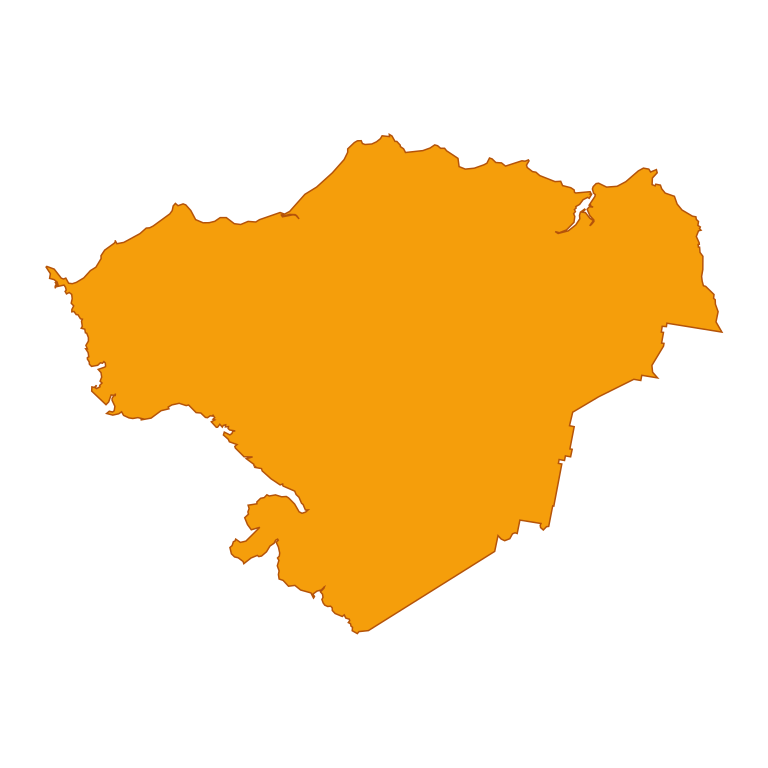 the district of George Town, Tasmania, Australia
{"feature_id": "25037944B54594589896924", "entity_name": "George Town", "entity_type": "district", "adm_level": 2, "iso_a3": "AUS", "parent_name": "Australia", "parent_adm1": "Tasmania", "projection": "robinson", "projection_center": [146.946, -41.12], "detail": "fine", "context": "isolated", "style": "filled", "palette": "amber", "viewbox_px": 768, "rotation_deg": 0, "n_neighbors": 0, "source": "geoboundaries", "source_scale": "gbopen_adm2", "svg_char_len": 6063}
<svg xmlns="http://www.w3.org/2000/svg" viewBox="0 0 768 768"><path d="M660.4,185.1L655.8,184.2L655.1,185.9L652.1,184.6L652.4,178.0L657.2,172.8L656.4,169.6L650.6,172.0L648.8,169.1L643.4,168.1L638.3,170.9L625.8,181.7L617.1,186.3L606.6,187.1L598.6,183.2L596.1,183.6L593.2,186.6L592.4,189.0L593.6,193.1L595.3,194.6L594.9,196.5L589.1,205.2L590.1,205.9L590.5,204.8L590.8,206.1L593.1,207.1L589.4,206.7L587.1,209.3L589.8,215.5L593.8,219.9L593.9,221.5L591.3,224.6L589.7,225.8L593.4,220.6L590.0,218.4L585.4,212.6L582.3,212.2L585.1,209.7L584.6,209.1L580.4,212.2L579.5,215.3L579.8,218.8L575.8,224.9L568.2,230.9L558.1,233.5L555.2,231.6L559.4,232.7L566.5,229.9L574.0,222.3L574.8,216.4L573.6,213.7L575.4,211.6L574.4,209.6L576.1,208.1L575.8,206.6L579.6,204.4L583.1,199.7L587.6,197.4L589.2,198.3L591.6,194.3L590.2,194.0L591.0,193.4L590.1,191.7L575.7,193.0L574.5,192.3L574.1,189.9L570.8,187.7L562.6,185.6L560.7,181.3L555.0,181.6L539.8,175.6L535.9,172.2L532.5,171.6L527.2,167.5L526.5,165.1L529.0,160.9L528.4,159.9L525.1,161.2L521.9,160.8L505.5,166.1L501.5,162.9L495.8,162.5L492.1,158.9L489.5,158.0L486.9,163.2L483.9,164.8L474.3,168.2L465.3,169.1L459.1,166.6L458.0,158.4L446.6,150.8L444.6,148.3L440.6,148.3L437.6,145.7L434.7,144.9L430.1,148.0L422.9,150.6L405.5,152.5L403.6,148.8L400.4,146.6L400.2,145.1L396.8,141.4L395.0,141.4L392.0,136.0L389.3,134.4L389.5,136.6L382.1,135.8L380.4,138.7L376.5,141.8L371.8,144.0L365.0,144.5L362.4,143.5L361.2,140.7L357.4,140.8L354.3,142.6L347.7,148.9L347.7,152.3L344.1,159.6L332.4,172.8L316.6,187.1L304.9,194.3L289.7,211.4L282.1,215.4L283.1,216.3L289.6,214.4L295.1,214.6L296.6,215.6L299.1,218.9L295.8,215.3L293.1,214.8L282.5,216.8L281.3,215.0L283.4,213.7L280.1,212.5L259.4,219.7L255.8,222.0L248.1,221.4L240.7,224.5L234.3,223.7L226.3,217.6L220.2,217.6L214.8,221.3L209.2,222.7L203.1,222.8L195.6,219.6L190.8,210.5L185.8,204.9L183.1,203.9L178.0,205.7L175.4,203.4L173.2,205.9L172.2,210.6L169.8,213.9L153.2,226.0L149.7,227.8L146.2,228.1L140.0,233.6L123.8,242.4L116.9,243.7L115.1,240.4L115.3,242.0L114.0,243.4L104.7,250.1L101.0,255.7L101.1,258.6L95.9,267.2L90.4,270.6L83.8,277.9L76.3,282.4L72.3,283.7L68.6,283.2L65.8,278.1L63.6,279.0L61.3,278.2L54.2,269.1L46.8,266.4L46.1,267.1L50.4,273.7L49.6,278.4L54.1,279.6L56.4,281.5L55.3,282.5L56.3,284.1L55.2,286.2L55.2,288.3L56.9,284.0L56.2,282.7L57.2,282.3L58.1,285.1L57.3,286.5L64.0,285.1L65.5,287.3L66.2,290.2L65.1,291.4L66.5,293.9L69.2,292.5L71.7,294.4L72.2,298.7L71.2,303.2L73.7,305.9L71.9,309.4L71.8,311.8L74.0,311.5L76.2,314.6L77.9,314.7L80.5,318.8L82.4,319.2L81.5,321.2L82.3,326.3L81.2,328.2L84.8,329.2L85.4,332.8L86.7,333.2L88.4,337.5L88.4,341.1L85.9,345.4L87.4,348.9L85.7,348.8L88.1,352.5L88.8,356.8L87.4,357.6L87.4,359.1L89.2,361.9L89.4,364.2L91.5,366.4L97.7,365.3L100.4,362.8L102.5,363.2L103.9,361.6L105.3,363.0L105.6,366.2L104.8,367.1L98.2,369.4L101.0,372.6L101.7,377.1L100.1,381.2L102.0,383.0L99.7,385.4L100.0,386.8L96.6,388.6L95.4,387.9L96.5,385.2L94.4,387.4L91.9,386.9L91.7,391.1L106.0,404.7L108.7,401.9L111.1,395.0L114.7,395.3L115.5,393.6L115.2,395.5L113.8,395.7L112.1,398.4L112.1,400.3L114.9,406.3L114.2,410.7L112.6,412.0L109.3,411.2L106.6,413.5L112.8,415.1L118.7,413.8L121.6,411.8L123.6,415.4L129.0,417.9L132.8,418.5L137.9,417.6L143.6,419.0L140.5,420.0L151.1,418.1L161.1,410.7L168.9,408.8L168.2,407.0L171.9,404.9L179.2,403.3L186.2,405.6L188.6,405.0L196.1,412.6L200.8,413.0L205.4,417.4L207.5,417.7L210.2,415.8L212.9,416.1L212.8,414.7L214.7,417.7L213.0,419.2L214.8,419.9L211.3,421.8L216.3,427.3L217.6,427.2L219.8,424.3L222.3,427.1L223.3,425.4L225.7,424.8L225.4,426.9L228.5,426.6L228.1,428.5L229.7,430.0L235.2,430.9L232.7,431.4L232.0,433.4L229.9,434.9L224.3,432.1L223.4,435.0L228.2,439.2L229.4,441.8L237.1,444.6L234.8,446.4L235.3,448.0L244.1,456.8L252.6,456.9L246.3,458.7L253.8,464.3L254.0,465.8L255.5,466.7L255.0,467.4L261.5,468.6L262.2,470.9L271.0,478.8L280.1,484.9L283.4,483.7L282.2,484.3L283.2,486.1L294.7,491.1L296.1,494.5L299.0,497.3L301.5,503.2L303.1,504.5L305.4,510.0L308.1,509.9L305.6,512.1L302.0,513.3L299.1,511.8L294.6,504.0L288.6,497.9L286.3,496.5L281.6,496.8L275.5,494.9L269.2,496.0L266.9,494.8L264.2,497.6L260.6,498.3L256.9,501.9L256.9,503.8L248.1,505.2L249.1,508.5L247.9,511.9L248.4,514.2L244.7,517.7L247.5,524.6L251.3,529.8L259.8,527.3L245.9,541.1L240.4,542.4L235.7,539.1L235.0,541.0L233.4,541.7L232.1,545.6L229.9,547.5L231.4,553.8L234.5,556.9L238.2,557.8L243.1,561.5L243.8,563.7L251.0,558.0L257.3,555.4L258.8,556.6L261.6,556.0L266.5,551.8L270.0,546.0L274.1,543.2L275.6,540.2L277.6,539.1L278.3,540.2L276.2,542.3L278.4,547.0L279.7,553.0L279.3,556.1L277.5,558.0L278.9,560.4L277.3,565.8L279.1,570.9L278.4,574.5L279.1,579.0L283.1,580.4L288.5,586.2L294.9,585.4L300.6,590.0L310.9,592.9L313.5,598.0L314.5,596.5L312.9,594.1L317.0,591.1L321.5,589.9L322.5,588.7L323.6,588.4L323.5,587.5L324.4,586.9L323.8,588.4L320.4,591.8L322.5,594.2L323.0,597.3L321.9,599.5L323.2,603.0L324.7,605.1L327.7,606.5L330.6,606.2L332.2,607.8L332.3,610.5L335.1,613.5L342.3,616.5L344.2,614.9L345.8,618.1L349.3,619.2L349.7,620.7L348.3,622.6L350.5,623.7L351.0,626.1L352.5,627.3L352.2,630.7L357.3,633.6L359.0,631.6L368.4,630.6L494.7,551.4L498.0,535.6L501.1,539.0L504.7,540.7L509.8,538.7L512.5,533.8L515.0,532.8L517.2,533.5L519.9,520.1L541.0,523.5L540.2,525.3L540.6,527.6L543.3,530.0L546.5,526.7L548.7,526.4L552.7,505.9L553.8,506.1L561.8,464.0L558.4,463.4L559.1,459.5L564.5,460.5L565.4,455.9L570.6,456.8L572.2,449.3L569.9,448.9L574.2,426.7L569.5,425.7L572.7,412.2L598.6,396.8L633.8,379.3L640.8,380.5L641.8,375.3L657.6,377.9L652.6,372.2L651.9,365.4L663.5,346.2L664.0,343.4L661.6,343.1L663.5,332.4L661.3,332.1L662.2,326.3L666.4,326.6L666.9,323.2L721.9,332.1L716.0,321.9L718.1,311.7L715.4,304.2L715.2,299.7L713.6,298.4L714.0,294.5L705.7,286.4L703.4,285.7L702.2,281.2L701.6,276.4L702.8,269.6L702.9,256.3L700.0,252.4L699.6,247.2L698.4,247.1L698.1,244.5L699.3,244.3L699.2,242.9L696.3,236.5L698.5,230.9L701.0,230.2L699.5,228.6L700.3,227.0L697.9,225.4L698.5,221.5L696.3,219.4L695.9,216.8L692.5,216.2L682.0,210.0L677.1,204.0L674.4,196.3L665.2,193.1L661.7,188.8L660.4,185.1Z" fill="#f59e0b" stroke="#b45309" stroke-width="1.5"/></svg>